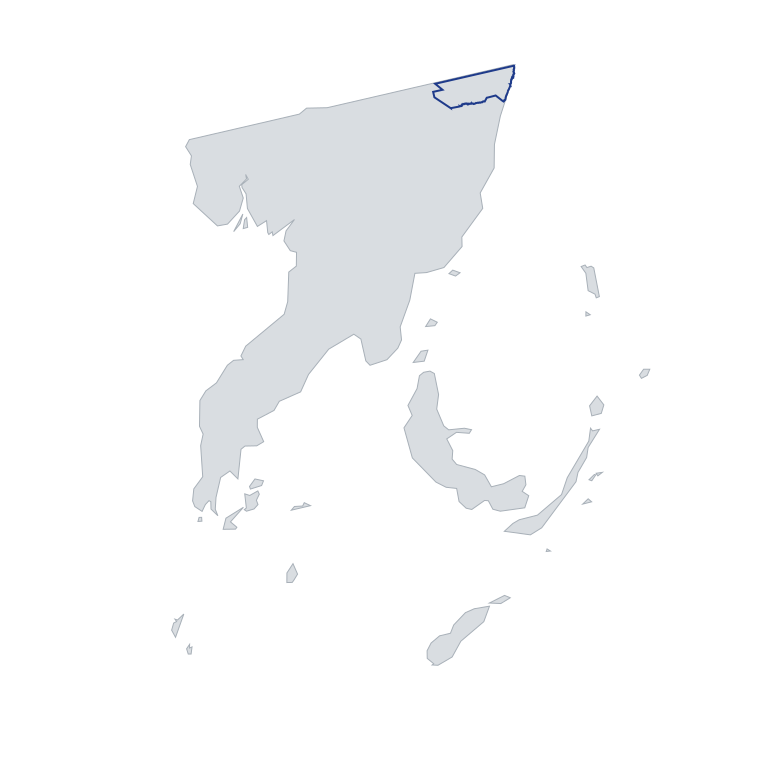 Vanimo/Green River District, Sandaun, Papua New Guinea (highlighted), rotated 77°
{"feature_id": "67681753B35177268475700", "entity_name": "Vanimo/Green River District", "entity_type": "district", "adm_level": 2, "iso_a3": "PNG", "parent_name": "Papua New Guinea", "parent_adm1": "Sandaun", "projection": "equal_earth", "projection_center": [141.584, -3.431], "detail": "fine", "context": "in_parent", "style": "outline", "palette": "blue", "viewbox_px": 768, "rotation_deg": 77, "n_neighbors": 0, "source": "geoboundaries", "source_scale": "gbopen_adm2", "svg_char_len": 7595}
<svg xmlns="http://www.w3.org/2000/svg" viewBox="0 0 768 768"><g transform="rotate(77 384 384)"><path d="M102.1,518.7L102.0,405.8L97.8,397.4L102.0,377.3L101.9,186.1L110.0,187.0L149.0,210.3L175.4,222.5L198.3,228.1L219.5,247.3L235.1,248.3L258.3,275.1L267.6,277.0L284.0,299.4L285.0,317.5L283.1,329.0L308.1,340.0L332.0,355.4L345.0,357.0L352.2,362.5L361.0,375.7L362.6,393.4L357.4,396.5L335.0,396.4L328.7,402.2L337.6,430.0L357.7,455.4L372.9,467.0L377.3,489.9L385.0,497.1L389.8,515.3L397.7,517.2L413.1,514.2L415.6,521.9L413.2,533.4L415.4,538.0L443.6,547.7L434.1,553.7L438.3,564.2L456.7,573.2L468.1,576.6L475.0,575.5L466.9,580.7L459.7,579.2L458.3,580.8L461.3,585.2L467.2,589.9L460.9,595.9L454.8,596.8L443.4,592.9L433.6,581.5L402.8,576.5L392.1,571.5L383.7,573.3L358.7,567.1L350.6,559.1L345.2,547.0L330.5,532.4L327.1,525.2L328.6,515.7L324.5,517.1L316.0,510.2L293.6,465.6L282.1,459.3L253.5,451.6L249.4,442.9L236.0,439.6L233.0,445.3L222.1,449.3L212.8,445.0L203.6,434.2L214.4,458.8L210.6,458.7L212.4,462.6L210.3,463.2L198.4,461.7L202.0,471.9L182.3,477.6L167.7,475.6L160.7,478.1L157.8,477.8L154.0,470.2L148.7,471.7L153.2,471.8L158.8,480.5L171.1,479.3L183.0,485.9L193.0,500.5L192.5,510.7L165.3,529.3L149.5,521.3L126.5,523.4L118.4,520.3L108.1,523.9L102.1,518.7ZM514.1,268.4L519.7,273.5L525.4,268.1L536.3,274.7L534.1,299.3L530.5,306.1L521.2,308.6L520.1,312.2L526.0,326.7L523.5,331.9L515.4,337.3L502.1,336.7L498.6,346.7L491.2,355.5L462.4,373.0L431.2,374.4L421.0,363.6L410.3,365.5L395.9,352.8L383.9,347.6L381.5,342.7L381.8,336.3L385.1,332.6L406.6,333.2L420.3,338.3L438.2,335.2L443.2,331.3L445.2,315.6L448.2,309.0L451.2,312.0L447.4,324.3L451.6,335.2L464.4,332.0L472.5,334.5L478.8,331.3L487.9,314.2L495.2,306.4L508.3,302.5L508.1,289.9L503.6,272.6L505.5,267.5L514.1,268.4ZM670.2,394.7L668.6,400.3L667.7,398.5L661.1,403.6L653.6,402.0L647.0,396.4L641.9,386.5L641.8,375.3L634.5,370.3L625.1,356.1L623.3,346.6L624.2,331.2L638.0,340.2L651.9,367.0L665.3,379.0L670.2,394.7ZM563.9,275.3L554.6,299.9L548.9,289.8L546.7,282.8L546.3,264.0L531.7,235.9L516.5,226.5L485.7,197.3L473.5,192.7L476.6,191.3L476.6,184.2L491.8,199.4L501.2,203.1L513.8,214.9L522.4,218.9L559.6,262.7L563.9,275.3ZM318.1,153.5L347.3,154.5L347.8,157.8L343.9,158.2L339.0,164.1L321.5,162.4L313.9,165.5L313.3,161.3L316.2,160.1L315.8,155.7L318.1,153.5ZM463.3,530.3L468.6,534.5L473.1,533.9L476.5,538.7L477.0,546.6L475.0,548.4L473.8,546.0L459.7,544.4L462.4,539.9L459.8,531.0L463.3,530.3ZM461.8,188.7L451.5,188.6L443.7,179.1L453.8,174.5L461.5,178.9L461.8,188.7ZM483.8,564.6L490.5,559.6L492.0,561.3L489.4,573.4L479.2,568.2L472.5,548.7L483.8,564.6ZM538.6,513.1L549.8,511.0L555.1,516.2L556.7,518.1L555.6,523.3L546.3,521.1L538.6,513.1ZM563.1,630.8L583.9,644.1L576.1,646.3L569.6,642.7L568.8,639.5L566.1,640.6L567.5,638.3L563.1,630.8ZM369.6,350.7L360.4,340.5L360.9,333.6L370.8,339.7L369.6,350.7ZM456.3,537.8L453.6,538.1L447.5,531.1L451.2,523.2L455.4,526.1L456.3,537.8ZM621.1,330.6L617.1,314.1L620.7,309.1L624.2,319.6L621.1,330.6ZM337.4,330.5L331.0,324.1L335.8,318.2L338.6,321.3L337.4,330.5ZM436.4,131.9L432.8,133.1L428.0,127.7L429.4,121.7L434.8,125.6L436.4,131.9ZM294.9,290.0L291.1,295.9L288.5,291.4L292.7,284.9L294.9,290.0ZM486.0,483.0L486.1,502.7L483.2,498.8L484.6,490.7L481.7,488.4L486.0,483.0ZM195.5,488.1L201.7,496.2L186.6,483.3L195.5,488.1ZM200.9,486.2L192.6,482.9L190.9,480.4L200.7,481.6L200.9,486.2ZM603.7,632.7L603.1,635.5L597.6,635.9L594.0,632.0L597.5,632.9L597.0,630.2L603.7,632.7ZM545.5,208.2L545.7,217.4L541.8,210.9L545.5,208.2ZM525.0,203.3L523.4,205.8L519.5,199.4L520.2,198.1L525.0,203.3ZM476.7,592.3L476.1,596.2L472.4,594.2L472.9,591.7L476.7,592.3ZM521.6,196.3L518.7,197.4L519.2,191.1L521.6,196.3ZM362.9,167.5L363.2,172.0L359.1,171.0L362.9,167.5ZM584.2,259.4L583.7,263.6L581.4,262.2L584.2,259.4Z" fill="#d9dde1" stroke="#a8b0b8" stroke-width="1"/><path d="M135.7,203.9L135.6,203.7L135.4,203.4L135.2,203.3L135.2,203.2L134.8,203.0L134.8,202.9L134.7,202.8L134.5,202.6L134.4,202.6L134.4,202.1L134.4,201.9L134.2,201.8L133.9,201.7L133.7,201.5L133.4,201.4L133.0,201.3L132.9,201.3L132.6,201.1L132.4,201.1L132.2,201.0L131.9,200.9L131.7,200.7L131.4,200.5L130.7,200.2L130.3,199.8L130.2,199.8L129.9,199.6L129.5,199.3L129.3,199.1L129.1,198.9L128.9,198.8L128.8,198.7L128.5,198.5L128.4,198.4L128.2,198.3L128.1,198.2L127.9,198.1L127.7,198.0L127.3,197.8L127.2,197.8L127.0,198.2L127.1,197.9L127.0,197.7L126.5,197.4L125.9,197.0L125.6,196.6L125.3,196.5L125.2,196.3L124.5,195.7L124.4,195.7L124.0,195.4L123.3,194.9L123.0,194.7L122.8,194.5L122.4,194.3L122.0,194.0L121.6,193.9L121.3,193.8L121.4,193.7L121.0,193.7L120.8,193.7L120.3,193.4L120.2,193.3L120.2,193.2L120.2,193.4L120.1,193.5L120.1,193.2L119.8,192.8L119.4,192.6L119.1,192.5L119.0,192.4L118.4,192.3L117.8,192.2L117.4,192.1L117.2,191.9L116.7,191.8L116.6,191.7L116.4,191.6L116.2,191.5L116.1,191.4L115.9,191.5L115.8,191.4L115.5,191.2L115.4,191.1L115.4,190.9L115.2,190.9L114.8,190.7L114.7,190.6L114.6,190.3L114.5,190.1L114.7,189.9L114.8,189.8L114.8,189.7L114.8,189.4L114.7,189.3L114.7,189.2L114.4,189.1L114.2,189.3L114.2,189.6L114.3,189.9L114.3,190.0L114.2,190.1L113.9,190.2L113.6,190.0L113.4,189.9L113.2,189.6L113.2,189.4L113.4,189.1L113.5,189.0L113.6,188.9L113.5,188.7L113.3,188.7L113.3,188.8L113.2,188.9L112.8,188.6L112.6,188.5L112.4,188.5L112.2,188.6L111.9,188.6L111.8,188.4L111.7,188.1L111.5,187.9L111.4,187.9L111.3,188.0L111.2,188.0L111.1,187.6L110.8,187.2L110.6,187.2L110.1,187.3L109.9,187.3L109.5,187.4L109.3,187.6L109.2,187.6L108.7,187.6L108.6,187.3L108.4,187.2L108.3,187.3L108.2,187.2L107.9,187.0L107.8,186.9L107.2,187.0L106.9,187.0L106.7,186.9L106.5,186.5L106.4,186.4L106.2,186.4L105.9,186.3L105.6,186.3L105.5,186.2L105.3,185.9L105.1,185.9L104.5,185.9L104.3,185.9L104.2,185.8L103.8,186.0L103.7,186.1L103.5,186.3L103.5,186.1L103.4,186.0L103.1,185.8L103.0,266.6L110.5,260.8L110.4,270.4L116.0,270.4L130.3,256.9L130.2,256.9L130.3,255.7L130.6,248.3L130.6,248.2L130.5,247.9L130.5,247.7L130.4,247.7L130.5,247.6L130.5,247.4L130.5,247.2L130.6,246.8L130.6,246.6L130.4,246.6L130.3,246.4L130.2,246.3L130.2,246.1L130.1,246.3L129.9,246.1L129.9,245.9L130.0,245.7L129.9,245.7L129.7,245.5L129.8,245.5L129.9,245.3L129.7,245.1L129.6,244.9L129.6,244.7L129.4,244.4L129.3,244.2L129.2,244.1L129.2,243.9L129.2,243.7L129.3,243.7L129.3,243.4L129.4,243.1L129.3,242.9L129.3,242.7L129.2,242.5L129.1,242.3L129.1,242.2L129.0,241.9L129.0,241.7L129.0,241.9L129.2,241.7L129.3,241.7L129.3,241.4L129.3,241.1L129.2,241.0L129.3,240.9L129.2,240.7L129.3,240.1L130.3,239.8L130.5,239.6L130.5,239.3L130.5,239.2L130.4,239.1L130.5,239.0L130.5,238.9L130.5,238.7L130.4,238.6L130.2,238.6L130.3,238.3L130.3,238.2L130.3,237.9L130.2,237.9L130.3,237.7L130.3,237.4L130.2,237.4L130.2,237.2L130.1,236.9L130.2,236.6L130.3,236.5L130.4,236.3L130.5,236.1L130.4,236.0L130.5,236.0L130.5,235.9L130.5,235.7L130.4,235.5L130.4,235.3L130.4,235.0L130.5,234.9L130.6,235.0L130.7,234.8L130.6,234.5L130.6,234.4L130.7,234.2L130.8,234.2L131.0,234.0L131.3,233.8L131.3,233.6L131.3,233.4L131.3,233.2L131.4,232.8L131.3,232.4L131.2,232.4L131.1,232.1L131.1,231.8L131.1,231.7L131.0,231.3L131.0,231.2L130.9,231.1L131.0,230.9L131.1,230.5L131.1,230.4L131.1,230.2L131.0,229.9L131.0,229.7L131.0,229.3L131.1,229.2L131.3,228.9L131.3,228.7L131.2,228.6L131.2,228.4L131.2,228.2L131.1,227.9L131.2,227.5L131.4,227.4L131.5,227.3L131.5,227.1L131.5,226.9L131.6,226.7L131.6,226.4L131.5,226.2L131.4,226.0L131.3,225.8L131.4,225.6L131.4,225.4L131.4,225.2L131.5,225.1L131.6,224.9L131.5,224.7L131.4,224.5L131.3,224.3L131.2,224.1L131.1,223.7L130.9,223.6L131.0,223.2L131.2,222.9L131.3,222.6L131.4,222.3L128.2,219.5L128.2,217.3L128.0,210.3L134.7,204.9L135.7,203.9Z" fill="none" stroke="#1e3a8a" stroke-width="2"/></g></svg>